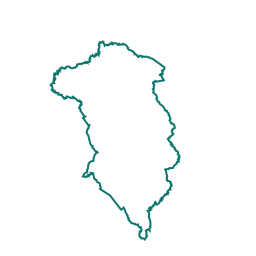 Ocú, Herrera, Panama (Equal Earth projection), rotated 315°
{"feature_id": "35544464B32201522330751", "entity_name": "Ocú", "entity_type": "district", "adm_level": 2, "iso_a3": "PAN", "parent_name": "Panama", "parent_adm1": "Herrera", "projection": "equal_earth", "projection_center": [-80.813, 7.919], "detail": "fine", "context": "isolated", "style": "outline", "palette": "teal", "viewbox_px": 256, "rotation_deg": 315, "n_neighbors": 0, "source": "geoboundaries", "source_scale": "gbopen_adm2", "svg_char_len": 5816}
<svg xmlns="http://www.w3.org/2000/svg" viewBox="0 0 256 256"><g transform="rotate(315 128 128)"><path d="M109.0,41.8L108.7,42.7L107.5,42.8L107.4,43.9L106.1,43.0L103.6,42.9L103.5,43.4L104.0,44.7L102.1,47.3L101.3,47.0L100.8,48.6L101.7,48.9L101.1,49.4L101.4,51.0L102.4,50.8L102.0,52.7L103.5,54.0L102.4,55.0L103.0,55.4L103.2,56.7L104.3,57.0L104.6,57.9L103.7,59.5L104.1,60.1L104.0,61.2L103.5,62.1L103.9,62.6L104.6,62.1L105.6,63.2L106.2,62.5L107.2,62.4L108.9,66.6L110.1,67.4L110.9,66.7L111.2,66.8L111.4,67.4L111.1,68.5L110.7,68.2L110.6,68.6L111.5,69.1L111.9,71.1L111.6,72.7L112.3,74.7L112.8,74.0L113.1,74.2L113.4,77.0L111.8,77.7L111.7,78.5L110.5,78.0L109.9,78.9L108.4,78.7L107.5,79.5L107.5,80.1L107.8,80.4L107.7,81.2L107.0,81.5L106.5,82.3L106.0,85.9L105.5,87.3L105.8,89.7L103.3,89.1L102.0,97.6L102.6,98.5L102.2,98.5L101.5,99.4L100.6,99.3L100.0,100.3L98.7,100.2L97.5,100.6L97.0,101.4L95.4,102.0L94.6,105.2L89.9,113.1L89.9,114.9L90.3,115.7L89.4,116.0L88.8,116.9L89.3,118.4L88.5,120.3L88.6,121.9L89.4,122.6L89.2,123.8L86.9,123.2L85.5,123.5L82.2,125.1L80.4,126.8L77.7,125.3L75.5,125.2L74.2,125.8L71.0,128.3L69.1,128.9L68.1,130.3L65.3,129.4L61.8,130.4L63.9,133.2L64.3,132.9L64.7,133.3L65.8,133.3L66.1,133.9L66.5,132.9L66.8,132.8L67.3,133.9L67.9,133.8L68.6,134.5L69.4,134.6L69.9,133.5L71.3,135.4L71.0,135.7L71.1,136.1L70.6,136.3L68.3,140.2L68.6,141.8L69.0,142.3L68.2,143.3L68.0,144.4L68.8,146.8L68.7,147.6L67.8,148.5L66.7,150.9L65.1,151.3L67.6,162.9L65.4,180.4L65.7,181.1L68.6,181.2L67.5,184.6L66.6,185.8L66.2,188.2L65.7,188.7L65.7,190.0L64.9,190.5L64.7,192.5L63.7,192.6L63.3,195.0L63.6,195.9L63.1,197.8L64.0,198.7L64.7,200.6L65.4,201.1L65.3,202.0L66.1,203.1L66.7,203.3L66.2,203.9L65.9,205.6L66.9,207.3L65.9,207.8L66.0,209.0L65.1,209.5L64.6,210.3L63.1,210.4L62.9,209.8L62.5,210.4L61.3,210.7L59.9,212.2L59.8,213.1L59.3,213.6L59.7,214.9L59.5,215.8L60.4,216.5L61.3,218.1L61.2,218.6L62.1,218.3L63.4,218.5L64.6,217.3L65.2,217.6L66.1,215.5L67.1,215.2L68.1,213.1L70.5,213.8L70.7,215.7L71.5,214.6L73.8,214.1L74.1,213.1L75.2,212.6L77.5,210.1L79.0,207.6L79.4,206.1L82.6,203.4L83.2,201.9L83.4,200.4L83.7,200.5L84.1,201.5L85.0,201.5L85.6,201.9L85.8,200.4L87.0,201.2L86.7,199.7L86.9,199.5L87.5,199.7L87.9,200.9L89.2,200.6L90.3,201.2L91.0,200.5L92.5,201.1L93.9,199.8L95.0,199.6L95.1,200.2L94.5,201.2L93.9,201.5L94.6,202.9L97.4,203.0L98.5,202.2L99.1,202.4L100.0,201.8L100.2,203.1L102.1,202.6L101.8,201.4L102.5,201.0L103.4,201.8L104.4,201.5L106.0,201.7L107.0,201.1L108.0,202.2L109.0,201.7L109.5,202.8L110.4,201.8L111.1,201.9L111.1,200.9L111.4,200.6L113.0,200.6L114.5,201.5L114.7,200.5L115.7,199.9L116.8,199.9L117.6,199.1L118.3,199.5L118.8,198.7L118.8,197.6L119.3,197.5L119.5,196.4L119.9,196.1L119.5,195.6L119.6,194.9L119.3,194.2L118.6,193.6L118.5,192.7L118.8,192.6L119.0,191.8L120.2,191.1L120.4,190.2L121.7,189.9L122.8,187.5L124.4,185.5L124.7,184.1L125.1,183.6L127.8,185.8L128.8,185.6L130.5,187.0L131.0,187.8L131.9,188.1L134.0,187.2L137.5,187.6L138.3,186.7L139.5,187.0L140.0,187.6L140.7,185.8L141.1,185.4L141.6,185.4L142.1,186.2L142.4,186.0L142.9,184.9L143.5,185.1L143.7,184.5L144.2,184.4L144.3,183.8L144.9,183.6L144.6,181.7L146.3,180.7L146.3,179.2L145.7,177.9L146.3,176.9L146.1,175.6L147.0,175.2L147.1,174.1L147.0,173.1L146.3,172.1L146.6,171.6L147.7,171.3L147.7,170.5L148.1,169.4L147.1,169.4L148.0,168.5L147.9,166.3L148.3,165.7L148.3,164.1L150.0,163.7L150.7,164.4L152.0,163.8L152.6,164.2L155.8,164.4L156.1,163.7L156.0,162.4L157.0,160.9L158.6,160.4L159.1,161.0L160.5,160.7L161.2,161.0L162.7,158.8L162.8,157.7L162.5,157.0L162.7,156.3L161.7,155.2L162.2,154.7L162.9,151.8L164.6,151.6L165.4,149.3L165.9,148.7L165.9,147.4L166.7,147.1L167.0,146.4L167.0,144.7L167.6,143.6L167.1,143.2L167.2,142.4L166.7,141.8L167.4,140.4L168.0,137.7L167.5,132.8L168.4,131.8L167.8,130.5L168.4,129.0L168.6,127.5L169.3,127.1L170.1,127.2L171.2,124.8L171.0,120.6L172.7,119.8L173.2,118.1L173.9,118.4L174.7,118.0L175.5,116.7L176.2,116.7L177.0,116.2L177.2,114.1L178.4,113.5L179.3,114.4L180.6,113.9L181.0,115.4L187.0,119.6L187.5,118.4L187.6,117.1L188.5,115.2L188.0,113.2L188.2,112.8L189.6,113.2L190.1,114.1L190.8,114.4L192.5,111.8L193.2,112.3L193.6,111.7L195.5,112.0L196.7,110.8L194.3,96.4L193.0,94.2L193.0,92.9L191.5,91.2L191.4,90.3L189.9,89.3L188.9,87.6L188.2,87.8L188.4,86.7L187.8,85.5L187.1,85.1L185.8,85.4L185.5,85.1L185.4,84.1L185.9,82.8L185.5,81.3L184.7,80.6L185.5,79.8L185.7,78.8L185.3,77.7L185.7,76.9L184.0,73.3L184.1,71.6L184.8,71.3L184.8,70.1L185.2,68.6L184.9,66.6L184.4,66.2L183.7,64.7L182.9,64.9L181.9,64.0L181.4,63.4L181.3,62.3L180.5,62.8L179.8,62.2L179.5,61.6L179.7,61.2L179.4,59.5L177.8,58.0L177.1,56.6L176.6,57.9L176.3,58.1L174.9,55.5L173.4,55.8L172.5,55.5L172.6,55.0L172.2,54.4L171.7,54.5L170.6,53.2L169.8,53.2L170.6,52.1L170.7,50.2L171.5,49.8L171.4,49.3L170.6,49.8L168.8,47.5L168.3,48.2L167.5,47.8L166.0,48.5L165.8,48.9L166.1,49.5L165.2,50.0L164.6,51.0L162.6,51.4L162.4,52.2L161.3,52.8L161.6,53.7L160.4,53.7L160.2,54.2L160.5,55.0L159.6,55.1L158.8,55.7L158.9,54.9L158.2,54.2L158.1,53.4L157.3,54.0L156.9,53.2L156.2,54.0L155.5,53.4L154.8,53.9L154.3,52.9L154.4,51.7L153.7,52.2L152.9,50.9L151.3,51.1L150.7,51.9L150.5,51.5L149.8,51.8L148.7,52.8L148.5,54.0L147.0,53.8L145.6,52.3L145.3,53.0L145.0,51.9L144.7,52.2L143.9,52.1L143.8,51.1L143.0,51.3L142.1,50.4L141.1,49.8L140.7,50.0L140.7,49.6L139.6,49.1L139.0,48.2L138.0,48.0L137.1,47.1L136.4,47.4L135.9,48.1L133.2,48.0L132.5,47.0L131.5,46.9L130.5,46.1L129.8,44.5L129.9,43.3L128.9,41.8L127.9,41.2L126.4,41.5L126.2,41.1L125.6,41.4L124.8,41.0L124.7,40.2L124.2,39.5L124.3,38.7L123.1,37.9L122.6,37.8L121.4,39.0L120.5,38.1L119.9,38.5L119.7,39.4L118.7,38.0L118.3,39.3L117.9,39.5L117.4,38.8L116.8,40.1L116.3,40.4L115.6,38.8L114.3,38.9L114.1,38.1L114.6,37.5L114.3,37.4L113.4,38.1L113.1,39.2L111.9,39.6L111.6,40.5L111.8,41.2L111.4,41.9L110.6,42.2L110.1,40.9L109.0,41.8Z" fill="none" stroke="#0f766e" stroke-width="2"/></g></svg>